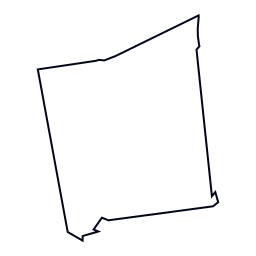 the district of Pendleton, Kentucky, United States of America
{"feature_id": "52423323B89577373709279", "entity_name": "Pendleton", "entity_type": "district", "adm_level": 2, "iso_a3": "USA", "parent_name": "United States of America", "parent_adm1": "Kentucky", "projection": "robinson", "projection_center": [-84.341, 38.702], "detail": "fine", "context": "isolated", "style": "outline", "palette": "ink", "viewbox_px": 256, "rotation_deg": 0, "n_neighbors": 0, "source": "geoboundaries", "source_scale": "gbopen_adm2", "svg_char_len": 393}
<svg xmlns="http://www.w3.org/2000/svg" viewBox="0 0 256 256"><path d="M37.8,69.4L67.7,232.0L82.6,240.6L82.7,236.0L98.3,231.5L93.6,229.5L101.9,217.7L108.4,220.3L213.0,206.3L218.2,202.2L215.3,192.1L211.9,196.2L196.5,49.6L199.4,46.3L199.0,44.3L197.9,36.4L197.7,29.2L198.7,16.7L198.6,15.4L115.4,56.1L104.3,60.4L98.9,59.9L95.8,60.8L37.8,69.4Z" fill="none" stroke="#020617" stroke-width="2"/></svg>